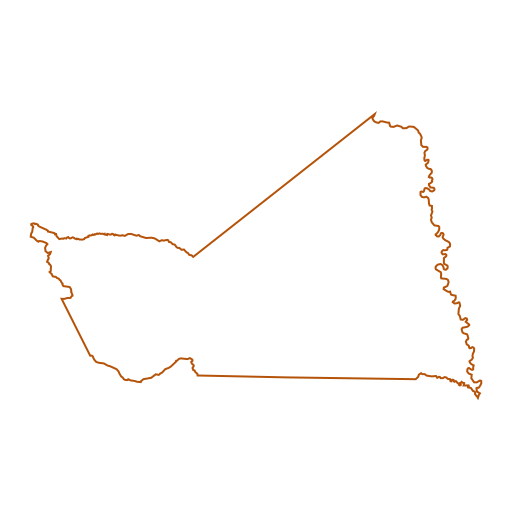 Loncopué, Neuquén, Argentina (Robinson projection)
{"feature_id": "61730980B52932124932957", "entity_name": "Loncopué", "entity_type": "district", "adm_level": 2, "iso_a3": "ARG", "parent_name": "Argentina", "parent_adm1": "Neuquén", "projection": "robinson", "projection_center": [-70.351, -38.002], "detail": "fine", "context": "isolated", "style": "outline", "palette": "amber", "viewbox_px": 512, "rotation_deg": 0, "n_neighbors": 0, "source": "geoboundaries", "source_scale": "gbopen_adm2", "svg_char_len": 6016}
<svg xmlns="http://www.w3.org/2000/svg" viewBox="0 0 512 512"><path d="M31.4,223.9L31.2,224.8L33.0,226.3L33.3,227.0L32.7,228.1L32.2,231.9L31.2,233.5L30.7,236.7L33.8,237.7L36.9,240.8L38.4,241.7L39.2,241.0L42.3,241.4L46.5,243.1L47.4,244.1L46.1,245.6L45.1,247.8L45.5,251.1L47.7,253.0L50.7,252.1L50.0,254.2L48.0,255.8L48.7,257.8L48.4,259.2L47.9,259.5L47.8,260.3L47.1,261.5L47.1,261.9L48.8,262.9L49.2,264.2L50.1,264.6L51.0,266.3L50.7,271.1L49.6,272.0L51.7,274.1L52.8,276.4L55.9,276.9L57.1,278.1L58.7,278.6L59.4,279.7L60.6,280.5L61.2,282.0L62.6,283.6L62.4,284.5L63.4,286.1L69.6,287.0L70.8,288.7L71.4,291.2L71.1,291.8L72.5,295.0L72.5,295.7L71.4,296.3L70.7,297.7L70.0,298.0L67.8,297.9L64.2,298.9L61.6,298.8L90.2,355.7L91.7,355.6L92.5,356.0L94.2,359.6L96.3,362.0L99.4,362.9L103.8,363.4L107.7,365.6L110.0,366.2L116.6,369.2L118.6,371.5L119.5,373.7L121.2,376.5L122.7,377.5L123.8,379.2L125.1,379.9L127.3,380.1L128.3,379.8L128.4,379.3L130.6,380.4L134.3,380.9L137.2,381.8L140.8,382.1L141.2,381.0L143.4,379.2L151.2,377.8L155.8,374.3L158.6,374.9L159.5,374.4L160.1,373.6L162.2,372.5L165.3,369.1L168.7,367.9L170.9,366.5L176.0,361.7L176.1,360.9L176.7,360.9L179.1,358.8L181.0,358.4L187.5,359.1L189.9,358.1L192.3,359.6L192.5,360.8L191.2,361.9L191.8,363.5L193.7,365.3L193.7,366.2L192.5,368.0L193.4,370.2L194.5,370.4L195.4,372.1L197.4,373.9L197.6,375.5L287.3,377.4L415.7,379.2L418.2,376.8L418.8,374.7L421.1,373.2L422.2,374.1L424.6,374.1L426.6,375.6L431.8,376.4L436.0,376.0L437.2,377.8L439.0,376.8L439.9,377.0L440.6,378.1L442.9,378.1L444.5,377.1L446.4,377.5L447.6,378.8L450.3,379.2L450.6,379.6L450.3,380.5L450.5,381.2L451.5,381.4L452.2,380.0L452.8,379.7L453.7,380.1L454.0,381.5L454.4,381.8L455.8,381.1L456.2,381.3L457.5,383.0L459.0,384.1L459.2,385.2L459.8,385.4L460.6,385.2L460.8,384.8L460.1,383.0L461.0,382.8L461.6,381.9L462.8,382.8L464.2,383.1L463.6,385.5L468.6,385.4L468.8,385.9L467.9,386.8L468.0,387.4L470.8,387.9L473.1,391.1L474.6,391.5L475.2,392.5L475.0,394.0L476.5,396.0L477.5,396.4L477.5,397.4L477.9,398.0L478.7,395.3L479.9,393.3L477.0,391.6L476.4,388.2L476.9,387.8L478.6,387.8L480.1,385.8L481.3,383.3L481.2,380.9L480.0,380.5L476.7,382.4L474.1,382.3L471.3,378.2L471.7,374.7L468.7,373.5L467.2,371.6L467.4,369.3L468.3,368.1L468.9,368.0L471.5,369.7L472.6,369.8L473.2,369.2L473.2,367.0L473.7,365.4L471.1,364.0L469.8,362.4L469.5,361.2L471.8,359.6L472.9,357.7L472.5,356.4L472.8,353.8L474.0,351.5L474.2,348.6L473.5,347.6L472.3,347.1L471.0,348.1L469.6,348.2L469.1,347.5L469.1,346.3L468.2,345.3L466.7,344.3L465.9,341.7L466.8,339.7L467.9,339.4L468.3,338.4L467.6,335.4L466.9,334.2L464.0,333.4L462.5,332.4L461.6,329.1L462.6,327.7L466.4,327.0L468.0,326.4L469.3,325.0L469.2,324.6L465.7,321.8L467.2,319.9L466.8,318.6L465.3,318.1L462.9,319.8L460.7,319.5L459.9,316.2L458.4,314.0L458.9,308.6L460.2,305.8L459.4,302.5L458.9,302.3L456.6,303.3L454.5,303.5L452.7,302.1L452.9,301.5L454.2,300.9L455.4,299.3L455.8,297.6L455.6,295.7L451.6,294.9L450.9,294.4L450.1,291.6L448.7,291.9L447.3,291.4L443.6,289.1L443.9,287.5L446.8,286.3L447.5,285.6L448.6,282.3L448.1,280.1L446.4,278.9L441.3,278.4L440.9,277.4L441.2,274.1L440.8,272.2L435.9,269.3L435.6,268.7L435.6,267.0L436.6,265.6L437.9,264.6L440.5,264.0L442.4,265.1L443.6,267.4L443.7,268.8L444.3,269.5L445.9,269.7L447.5,268.3L447.7,266.4L447.4,265.6L444.3,263.9L443.9,263.1L443.9,258.0L445.9,256.5L446.4,255.7L446.3,254.8L445.5,254.1L442.7,254.3L441.8,253.3L441.5,252.3L442.0,251.2L443.2,250.1L444.9,250.3L446.9,250.0L447.3,249.5L447.5,247.8L449.9,246.5L450.1,244.2L449.8,243.2L448.7,241.9L445.3,240.2L443.2,238.5L442.6,237.1L443.6,234.5L443.1,233.4L442.1,232.9L441.0,233.2L440.2,235.1L438.7,236.5L437.3,236.4L435.7,235.1L435.6,234.4L436.8,233.5L438.3,231.6L439.2,229.5L439.3,227.7L439.2,226.9L438.4,226.0L434.4,225.4L431.7,222.2L431.0,219.7L431.7,217.7L431.0,215.4L432.3,212.0L432.4,211.4L431.6,209.8L432.0,208.4L431.9,205.9L429.6,205.5L429.0,203.6L428.7,199.4L428.0,197.8L426.2,196.7L424.1,197.4L421.9,196.9L420.5,195.0L420.5,192.0L421.3,191.5L423.3,191.9L424.0,191.0L424.6,188.6L425.2,188.1L426.7,188.1L429.2,189.6L430.2,191.0L432.1,191.5L434.0,190.5L434.5,189.7L434.4,188.8L433.8,187.8L430.4,187.4L428.9,185.1L429.0,183.8L430.5,183.2L432.2,181.6L431.9,180.6L432.5,179.2L432.2,178.2L431.2,177.5L429.7,177.6L428.8,177.0L429.6,175.1L431.8,172.6L431.8,170.6L430.6,169.0L428.8,168.8L427.3,168.0L426.0,166.1L425.7,164.7L428.1,162.6L428.6,160.5L428.4,159.8L427.1,159.8L425.2,161.0L424.5,160.3L424.3,158.6L424.9,155.0L424.4,153.0L425.1,151.2L427.3,149.6L427.6,148.2L427.4,147.4L426.3,146.9L423.1,146.9L421.3,145.1L420.9,140.4L421.7,137.8L421.4,136.5L420.0,133.7L418.7,132.6L418.1,130.5L413.9,126.9L409.8,126.5L408.6,126.7L406.5,128.1L403.0,128.3L401.2,126.7L397.2,125.5L393.5,126.9L390.7,126.6L390.0,125.9L389.2,122.7L388.8,122.6L387.2,122.6L382.7,121.4L380.4,121.4L378.6,122.9L376.7,122.5L375.1,121.9L373.7,120.8L372.5,118.7L372.5,118.0L374.2,115.6L374.8,114.0L193.2,256.9L191.6,255.3L189.3,254.9L187.8,252.9L186.6,252.4L183.9,249.5L181.6,249.8L179.4,248.0L177.9,247.9L176.7,247.3L174.7,244.6L172.7,244.2L170.7,242.2L168.9,241.9L168.3,240.3L167.3,239.9L163.5,240.6L161.9,240.2L159.3,241.3L155.4,238.8L153.9,238.2L151.4,237.7L146.0,238.0L140.1,236.2L138.8,235.0L136.5,235.7L131.0,233.9L127.9,234.1L124.8,235.9L122.3,235.2L121.4,235.6L119.3,235.6L115.8,234.8L114.9,235.2L114.8,234.6L113.8,235.0L112.8,233.9L111.8,233.9L111.0,234.5L109.6,234.5L107.3,233.9L106.9,234.2L106.9,235.0L104.7,234.5L104.6,233.9L104.0,234.3L102.7,233.7L100.8,233.9L99.5,233.4L97.9,234.0L97.1,233.5L95.3,234.5L94.8,234.2L93.9,234.9L93.1,235.0L92.7,234.5L90.9,235.5L89.5,235.4L88.4,235.9L88.5,236.8L84.9,238.0L84.3,239.0L82.6,239.6L79.4,239.5L78.4,238.9L77.0,239.2L76.7,238.6L75.4,238.9L73.1,237.4L72.4,237.4L70.6,238.4L69.8,238.4L68.7,237.8L68.3,237.1L67.0,237.5L66.3,238.5L64.3,238.2L63.2,238.8L62.1,238.5L59.3,239.1L56.6,236.2L56.1,234.1L55.0,234.3L54.9,233.5L54.1,233.0L47.9,231.5L47.8,230.6L46.1,229.6L39.4,226.6L38.0,225.5L37.9,224.7L37.5,224.4L35.7,223.7L35.0,224.1L33.8,223.3L31.4,223.9Z" fill="none" stroke="#b45309" stroke-width="2"/></svg>